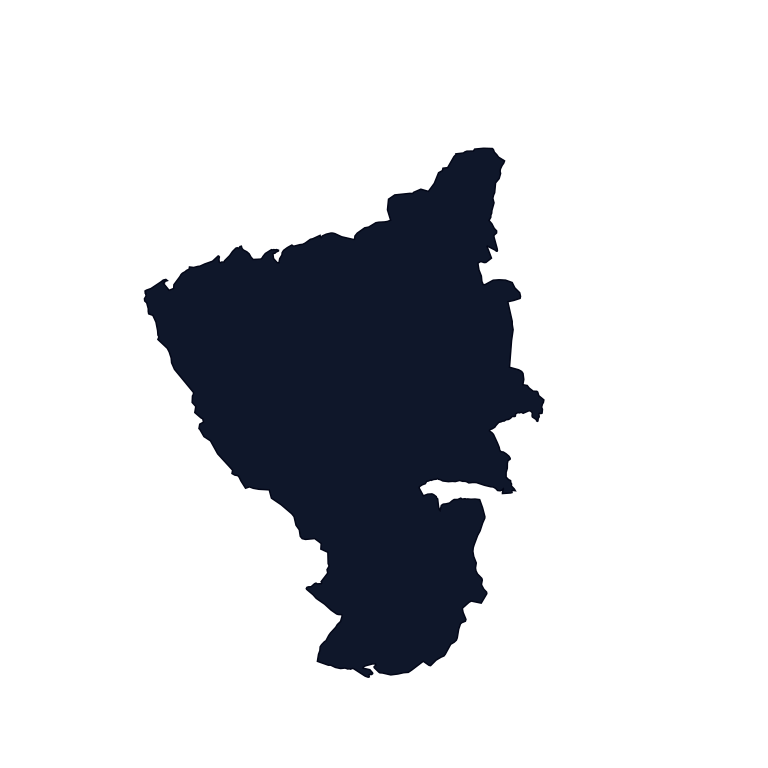 Hartiesti, Arges, Romania (Albers equal-area conic projection), rotated 45°
{"feature_id": "2599482B18059402589847", "entity_name": "Hartiesti", "entity_type": "district", "adm_level": 2, "iso_a3": "ROU", "parent_name": "Romania", "parent_adm1": "Arges", "projection": "albers", "projection_center": [25.135, 45.121], "detail": "fine", "context": "isolated", "style": "filled", "palette": "ink", "viewbox_px": 768, "rotation_deg": 45, "n_neighbors": 0, "source": "geoboundaries", "source_scale": "gbopen_adm2", "svg_char_len": 6170}
<svg xmlns="http://www.w3.org/2000/svg" viewBox="0 0 768 768"><g transform="rotate(45 384 384)"><path d="M616.1,550.2L616.1,542.4L617.4,537.1L618.7,533.8L618.4,531.7L615.2,520.9L616.2,517.0L616.3,514.0L615.3,511.7L610.2,504.6L607.7,499.6L607.8,497.7L609.3,494.2L608.4,492.5L601.5,489.6L598.5,487.6L598.0,486.7L598.5,478.2L599.2,475.8L607.7,470.2L605.0,459.6L603.7,458.6L599.7,458.5L595.3,457.2L594.4,456.5L592.2,453.2L590.7,452.3L584.4,452.2L581.2,451.1L578.8,449.4L575.8,445.3L569.4,442.5L565.2,439.5L562.9,436.7L561.4,433.9L557.3,424.9L555.8,419.9L552.0,412.4L550.2,407.7L549.2,406.5L541.2,401.8L533.4,398.1L529.7,401.0L527.0,404.0L524.4,406.1L523.7,407.1L522.4,407.8L520.7,410.1L519.0,410.4L517.8,413.5L515.3,416.0L514.8,418.2L514.5,421.8L512.5,425.0L510.8,427.1L510.4,429.3L513.2,433.9L512.3,433.9L509.2,432.1L503.2,427.3L501.5,427.3L500.6,426.7L497.4,427.1L495.6,427.8L492.8,431.0L490.9,435.2L482.7,432.8L481.8,432.0L481.8,430.6L482.4,428.1L483.7,425.3L483.0,422.7L484.0,421.2L484.8,419.1L485.5,418.8L486.7,416.3L488.3,414.4L488.6,413.0L489.8,412.9L491.3,411.9L494.1,411.0L498.6,407.5L501.2,404.5L503.4,402.6L505.7,398.7L508.3,397.3L510.4,395.3L512.0,394.5L513.9,394.0L516.2,391.1L519.0,388.4L526.6,384.6L532.0,381.3L534.1,379.6L536.8,378.9L539.6,379.0L541.6,377.4L542.5,375.6L542.4,373.6L542.7,373.7L544.5,377.0L545.2,377.7L550.6,371.5L551.3,370.2L550.0,369.2L549.9,368.5L552.3,366.6L550.3,366.1L546.1,366.0L544.9,364.5L543.3,364.0L541.8,362.8L539.7,363.5L536.2,363.5L532.9,360.2L530.8,356.4L527.2,352.7L525.9,350.5L526.4,348.1L525.8,347.3L523.3,346.7L519.6,347.0L516.5,347.7L514.8,349.0L513.5,349.1L512.4,348.8L510.2,347.3L505.7,345.4L497.0,342.2L494.7,342.1L491.9,342.6L491.3,342.1L491.4,340.8L492.1,339.5L492.9,336.2L492.5,334.2L492.3,330.0L493.5,328.0L494.1,326.4L495.2,325.2L495.6,323.0L497.2,320.9L497.7,318.7L497.6,316.4L499.4,314.6L499.6,313.9L498.2,312.0L498.9,309.4L500.0,308.9L501.1,306.9L503.1,306.3L505.3,300.7L506.3,299.6L508.7,299.4L509.6,299.9L511.3,301.9L512.3,302.4L516.8,301.5L518.0,302.2L518.9,301.9L519.0,301.3L517.4,299.3L517.0,297.5L514.6,295.5L514.6,294.7L515.7,294.1L516.4,293.0L515.9,292.2L514.0,289.9L511.8,288.9L510.2,286.1L509.8,284.4L508.3,282.2L501.7,282.8L498.4,281.0L497.2,281.1L494.6,283.6L489.5,284.2L486.3,283.8L482.7,286.3L479.6,281.9L474.8,278.2L472.5,277.8L469.2,278.7L460.9,283.4L443.5,263.1L436.9,254.3L432.7,251.3L430.3,249.0L413.4,238.3L416.7,233.1L419.7,227.2L418.6,225.5L415.4,223.5L408.5,223.5L402.9,221.6L396.5,224.6L391.7,228.9L387.8,233.4L385.2,242.2L384.0,243.6L380.6,242.2L376.5,238.8L370.5,236.2L365.0,232.2L365.5,229.7L366.4,228.6L369.0,227.3L370.1,226.0L371.0,219.0L359.6,213.9L359.5,213.4L367.8,210.8L369.6,210.6L370.1,210.1L369.8,209.4L368.2,208.2L357.7,202.2L356.6,201.0L356.8,197.6L355.4,196.1L351.9,196.0L346.9,194.4L342.6,194.1L341.7,190.7L340.1,188.9L339.4,187.1L337.6,185.0L333.7,178.1L329.6,175.7L327.9,172.9L327.0,170.5L320.7,162.9L320.2,157.4L317.6,152.7L315.6,151.4L314.3,149.6L313.0,146.0L312.5,143.2L311.5,141.0L304.5,142.6L301.6,142.1L298.0,142.0L295.7,140.9L294.2,140.8L287.7,146.9L282.0,153.8L282.5,156.1L278.0,160.7L277.1,162.6L276.8,164.5L272.2,170.3L272.6,170.4L272.7,173.8L276.0,186.0L273.1,189.7L274.4,191.9L273.2,196.0L277.7,206.6L279.2,216.4L272.3,220.2L269.4,227.6L269.6,229.0L267.5,230.9L257.9,242.7L256.5,250.1L263.3,258.4L272.9,263.5L271.5,266.6L269.7,269.1L265.9,273.3L264.2,275.7L262.2,283.9L259.9,287.2L258.4,296.2L258.8,299.9L260.9,302.5L259.9,303.6L250.0,309.8L242.9,312.4L241.1,313.5L239.8,314.7L237.2,318.9L235.7,323.0L236.1,325.0L235.0,325.0L233.7,324.1L230.9,331.7L229.6,333.8L228.6,340.2L227.7,342.8L226.0,344.9L222.7,350.5L220.6,350.9L219.2,355.9L218.5,360.5L219.1,363.1L220.6,365.0L221.6,369.1L224.0,372.6L222.7,373.7L217.2,373.4L213.8,370.8L213.5,370.0L214.4,368.7L214.4,367.1L215.3,364.6L214.8,364.0L213.0,364.9L212.2,366.1L211.0,366.9L210.6,367.8L209.4,368.6L207.8,375.6L208.2,379.3L208.7,381.1L208.5,382.9L203.4,388.5L200.1,388.3L196.6,387.3L193.5,387.5L189.7,388.7L187.6,388.5L185.7,387.4L185.0,388.6L185.3,390.9L183.9,391.4L183.2,392.7L183.2,397.4L184.1,402.4L184.1,409.6L184.7,410.8L182.9,412.7L182.5,414.0L181.2,414.2L178.9,412.3L177.8,410.6L176.7,410.4L176.2,410.7L175.9,418.5L172.4,425.8L170.5,430.9L169.2,432.5L167.0,436.2L163.7,438.8L165.0,440.6L164.0,443.5L164.0,445.0L163.1,448.2L163.1,450.1L163.7,452.2L165.2,462.3L167.7,465.2L165.8,469.7L156.9,468.8L157.3,467.5L156.2,467.0L157.7,464.1L155.8,464.3L154.4,466.6L154.1,469.3L151.7,481.3L149.6,485.7L149.3,487.3L150.0,487.3L150.7,488.6L151.6,488.3L152.1,489.1L153.5,489.9L154.3,493.1L156.1,494.5L158.8,494.4L164.0,497.4L166.0,499.4L168.0,500.8L172.0,498.9L179.0,501.5L186.1,506.3L189.6,509.3L191.5,509.8L192.6,512.4L205.5,512.0L209.4,513.2L215.1,516.1L218.8,519.2L225.5,521.8L255.3,524.7L256.5,526.1L257.0,527.9L261.4,532.7L266.8,533.0L270.4,538.0L278.5,537.4L280.5,536.8L283.3,538.6L282.1,542.7L284.7,546.4L285.8,546.3L293.9,548.5L301.5,546.9L315.8,551.0L337.9,552.0L339.8,554.8L343.0,553.9L345.3,552.2L347.4,552.3L351.4,553.7L359.8,555.6L361.6,551.9L365.3,550.2L370.0,546.9L377.7,540.0L385.1,544.3L396.6,542.1L410.4,541.0L414.2,541.4L421.7,546.1L427.2,547.0L432.5,550.9L435.5,551.2L438.4,549.4L444.3,542.3L452.4,541.2L456.1,545.4L463.3,542.7L471.5,550.5L473.9,551.5L475.0,555.6L477.9,557.5L479.3,568.2L480.3,568.5L481.0,569.3L478.2,572.5L476.7,572.9L476.1,574.3L475.8,578.9L473.9,581.0L473.3,582.3L473.7,583.6L474.5,583.9L482.8,583.2L487.8,583.5L497.6,581.7L506.6,581.3L513.2,580.1L514.7,579.3L517.1,577.1L517.9,577.2L518.5,577.8L521.2,582.6L521.1,587.1L521.9,590.2L522.2,597.8L522.7,600.8L524.5,606.6L524.1,608.4L524.2,612.5L524.7,615.0L527.2,617.9L528.8,621.4L533.0,627.2L543.5,622.2L545.1,620.5L550.0,618.8L554.5,615.9L557.3,612.4L560.0,611.1L560.6,610.1L562.0,609.3L562.8,607.4L563.8,606.8L577.3,603.9L580.2,602.5L580.7,601.5L579.0,600.3L579.1,599.8L580.7,598.1L580.8,596.8L580.1,596.3L576.0,596.0L570.1,599.8L569.6,599.3L569.7,597.7L570.4,596.0L574.0,589.8L576.1,588.0L577.0,588.5L576.9,590.9L577.6,591.5L584.2,591.4L585.4,591.1L587.0,589.6L594.5,584.9L599.0,579.1L602.0,574.3L605.1,570.7L605.9,566.5L607.8,552.3L614.8,551.1L616.1,550.2Z" fill="#0f172a" stroke="#020617" stroke-width="1.5"/></g></svg>